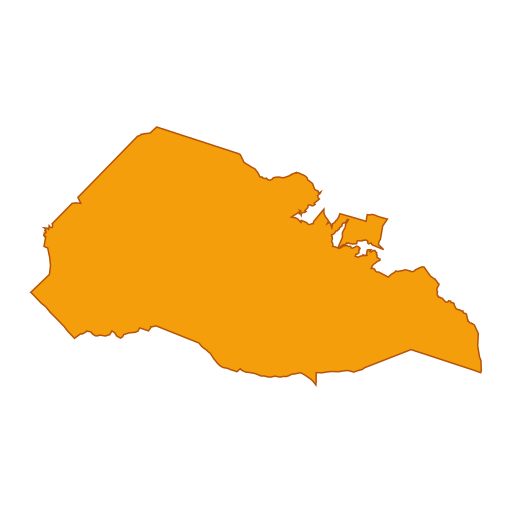 Santo Tomás, México, Mexico (orthographic projection)
{"feature_id": "50627088B97349809534472", "entity_name": "Santo Tomás", "entity_type": "district", "adm_level": 2, "iso_a3": "MEX", "parent_name": "Mexico", "parent_adm1": "México", "projection": "orthographic", "projection_center": [-100.273, 19.184], "detail": "fine", "context": "isolated", "style": "filled", "palette": "amber", "viewbox_px": 512, "rotation_deg": 0, "n_neighbors": 0, "source": "geoboundaries", "source_scale": "gbopen_adm2", "svg_char_len": 6057}
<svg xmlns="http://www.w3.org/2000/svg" viewBox="0 0 512 512"><path d="M137.7,136.1L77.9,197.4L80.8,203.3L75.8,202.9L72.1,203.4L52.1,223.8L52.4,224.5L52.5,225.0L52.5,226.4L52.2,227.4L51.9,227.5L51.4,227.6L50.8,227.5L50.2,227.2L49.5,226.6L49.3,225.7L49.2,225.6L48.9,228.0L48.4,229.3L47.8,228.3L44.2,227.9L44.6,228.2L45.3,229.0L45.7,229.2L45.7,229.9L45.5,230.3L44.7,230.6L44.7,230.8L45.6,231.2L46.1,231.9L46.0,232.8L45.5,233.0L44.4,233.0L44.2,233.1L44.5,233.8L43.9,234.7L43.8,235.6L44.6,235.6L44.8,236.8L45.7,236.8L44.0,246.4L47.7,248.0L49.7,257.6L50.5,265.6L49.4,274.5L30.7,292.4L32.2,293.6L41.4,303.3L45.8,306.8L50.2,312.3L56.7,318.8L63.9,326.2L67.8,331.3L74.5,338.3L80.9,333.6L82.0,334.1L86.0,332.0L86.6,331.0L90.9,331.9L92.2,333.7L93.5,334.7L95.4,335.8L97.4,335.9L99.9,335.1L105.4,336.0L109.8,334.6L111.9,330.9L114.7,332.8L116.7,336.0L120.5,338.1L122.6,336.8L123.7,334.6L129.0,332.9L135.1,332.3L137.8,331.3L139.8,327.9L148.5,330.9L151.3,326.9L151.2,326.8L152.9,326.7L154.3,326.2L155.3,326.0L156.4,326.0L198.9,343.0L201.7,346.4L203.6,348.0L206.7,350.2L207.6,351.2L210.3,353.4L214.2,359.4L215.1,360.3L217.5,363.3L219.7,365.5L221.9,366.9L223.1,367.5L224.0,367.7L227.4,368.3L228.6,368.8L229.5,369.1L230.2,369.5L232.9,370.4L234.8,370.8L236.3,371.6L236.9,371.6L237.4,371.4L238.0,370.9L239.1,369.7L240.4,368.7L241.0,369.6L241.6,370.2L244.8,371.7L246.4,372.2L247.9,372.3L253.8,373.2L257.1,374.3L261.0,376.0L263.8,376.0L265.3,376.2L266.5,376.6L268.6,377.0L270.9,377.1L274.1,376.3L275.2,376.2L276.6,376.4L279.2,377.0L279.8,377.0L281.6,376.9L282.9,376.5L285.0,376.4L286.0,376.6L288.9,375.7L291.8,374.2L294.3,374.0L300.0,372.8L301.4,373.1L305.0,375.1L311.0,379.3L313.3,381.6L315.9,385.0L316.1,382.0L316.2,372.6L322.0,372.8L326.7,372.0L331.1,371.5L338.9,371.7L343.2,370.9L348.2,370.5L353.8,372.1L358.3,370.5L362.1,369.5L364.9,367.6L411.0,349.6L474.1,370.3L480.7,372.7L481.3,370.8L481.0,363.0L481.0,360.7L479.5,356.9L477.7,345.8L478.3,333.5L474.3,324.9L471.4,323.1L470.6,323.3L470.0,322.9L469.1,321.8L467.8,321.1L467.9,320.6L468.1,320.2L467.6,319.5L466.4,314.1L466.0,313.7L465.6,313.5L465.0,313.5L464.3,313.2L463.8,312.9L463.3,312.5L463.0,312.0L463.0,311.0L462.8,310.9L461.7,311.1L460.7,310.4L458.8,309.5L458.4,309.7L456.3,309.0L454.3,305.3L454.3,304.0L453.1,302.8L451.1,302.6L450.8,301.2L448.5,300.7L448.2,301.7L447.0,302.2L445.4,301.8L442.3,298.3L440.2,297.7L440.1,297.3L439.2,297.0L438.5,297.1L437.9,296.2L437.9,295.6L437.5,295.3L437.3,294.8L437.1,293.9L437.5,291.9L437.5,291.6L436.9,290.6L436.8,289.9L437.0,288.9L436.9,288.5L437.1,288.1L438.8,285.0L439.0,284.4L438.9,284.0L438.8,283.6L437.6,283.0L436.7,281.1L435.2,279.6L435.3,279.2L434.2,278.8L430.5,276.2L424.0,267.0L421.8,266.9L421.0,267.2L420.4,267.6L418.9,268.0L417.8,268.8L416.2,269.4L415.1,270.0L414.5,270.9L413.2,271.5L411.3,271.6L409.8,270.8L408.6,270.7L407.4,270.2L406.8,270.2L405.7,269.9L404.7,269.9L403.9,270.1L402.6,270.6L400.9,270.8L397.4,271.5L396.6,271.1L395.9,271.0L395.5,271.1L394.8,272.2L391.1,274.4L388.3,277.1L378.7,272.0L376.7,272.0L375.4,270.9L374.7,269.2L374.3,268.9L373.8,269.0L372.8,268.3L371.2,268.4L372.0,266.4L373.2,264.6L377.9,261.1L379.9,260.4L380.0,259.1L379.0,258.7L377.0,257.2L377.0,256.0L377.1,255.2L376.4,254.4L376.8,252.9L376.4,252.7L374.8,250.4L373.7,250.6L373.0,250.5L372.3,251.2L371.5,251.6L370.5,252.0L370.0,251.3L369.7,251.2L371.0,249.7L367.7,249.8L367.3,250.1L366.4,254.6L367.0,255.3L366.2,255.6L364.8,255.3L364.2,255.7L363.0,254.7L362.1,256.0L360.7,256.0L357.8,257.3L357.0,256.8L355.2,256.2L355.9,254.2L356.9,254.3L359.0,252.7L358.7,250.7L359.6,249.7L359.1,249.0L360.0,248.3L359.4,247.5L357.7,246.4L356.8,246.1L353.3,247.9L352.2,248.1L351.1,247.8L350.7,246.4L349.5,246.3L348.6,246.5L347.5,245.9L347.0,245.5L345.9,245.5L342.9,246.3L341.1,247.4L340.2,248.1L339.2,248.4L335.5,247.0L332.6,246.3L333.0,245.6L332.5,242.8L331.5,241.3L332.5,238.9L332.1,237.9L332.3,237.0L331.4,235.5L331.6,234.7L332.1,234.9L334.4,233.4L335.8,231.1L337.4,230.7L337.6,230.2L339.2,229.0L339.3,228.1L342.0,225.8L342.0,224.8L342.7,223.2L344.3,223.0L346.4,221.5L346.9,219.9L347.7,219.4L348.5,219.6L347.0,222.4L345.8,223.5L345.1,227.9L344.3,229.0L343.1,231.2L342.3,233.2L342.5,237.1L338.3,247.0L339.8,247.4L342.7,245.1L343.6,244.7L345.2,244.6L346.8,242.9L347.4,243.4L348.4,242.8L350.0,243.7L351.9,243.7L352.7,244.1L355.1,243.8L355.5,243.9L356.4,243.7L356.8,243.3L357.0,241.5L357.6,240.8L362.4,240.9L362.8,240.6L363.1,240.1L363.8,240.3L364.4,240.3L366.1,240.0L367.8,241.2L367.6,242.2L367.7,242.9L368.4,243.7L368.8,243.9L371.0,242.9L372.1,244.8L383.6,249.6L378.4,244.4L379.3,240.9L380.4,239.4L382.7,226.0L387.4,219.1L378.7,216.7L374.5,215.0L372.0,214.4L369.6,214.9L367.2,214.7L366.1,221.3L355.7,218.2L339.9,213.7L338.6,217.2L336.6,220.3L336.0,220.5L334.6,222.5L332.6,223.8L331.8,227.7L331.0,225.5L330.6,223.5L329.9,223.2L329.4,222.3L327.2,223.7L327.9,222.3L329.0,221.7L327.5,219.4L325.2,216.4L323.9,213.0L323.9,209.2L313.5,221.7L313.3,223.7L312.1,223.7L309.5,224.6L308.2,224.3L306.5,222.5L302.5,220.9L301.6,220.4L300.9,220.8L300.8,221.3L301.3,223.0L297.9,219.0L295.7,217.9L291.4,217.1L300.3,211.3L299.8,210.5L300.9,211.1L299.8,212.4L298.9,212.9L299.3,213.8L300.4,213.5L301.2,215.1L301.3,213.7L301.6,213.2L303.4,212.5L304.8,212.4L306.0,211.5L305.1,211.2L304.9,210.5L306.9,208.7L307.9,207.3L308.2,205.5L308.1,205.3L310.5,204.9L311.4,205.7L312.9,205.8L315.1,204.4L314.2,203.1L314.7,202.8L319.4,199.0L318.3,197.9L317.5,195.7L319.9,193.6L320.4,193.0L320.9,191.9L319.8,192.7L318.5,192.9L318.3,191.3L314.7,189.4L312.5,183.5L308.6,180.4L307.8,180.1L307.0,177.6L304.6,175.6L298.5,172.9L297.1,172.9L296.3,173.1L296.3,172.5L291.3,174.4L291.2,174.8L291.0,174.7L289.3,175.8L284.2,177.6L282.2,177.7L278.8,177.0L275.2,177.3L273.3,177.8L272.1,179.3L270.5,180.0L269.2,180.1L267.9,179.7L266.4,178.1L265.8,178.4L264.8,178.5L263.8,178.3L262.5,177.7L262.0,176.9L260.3,177.1L259.7,176.5L258.6,173.9L256.9,171.4L254.7,168.7L251.9,167.3L244.1,162.5L240.3,154.7L238.9,153.8L156.7,127.0L150.0,133.1L143.8,133.8L142.1,134.3L141.0,134.3L140.2,135.3L139.1,135.8L137.7,136.1Z" fill="#f59e0b" stroke="#b45309" stroke-width="1.5"/></svg>